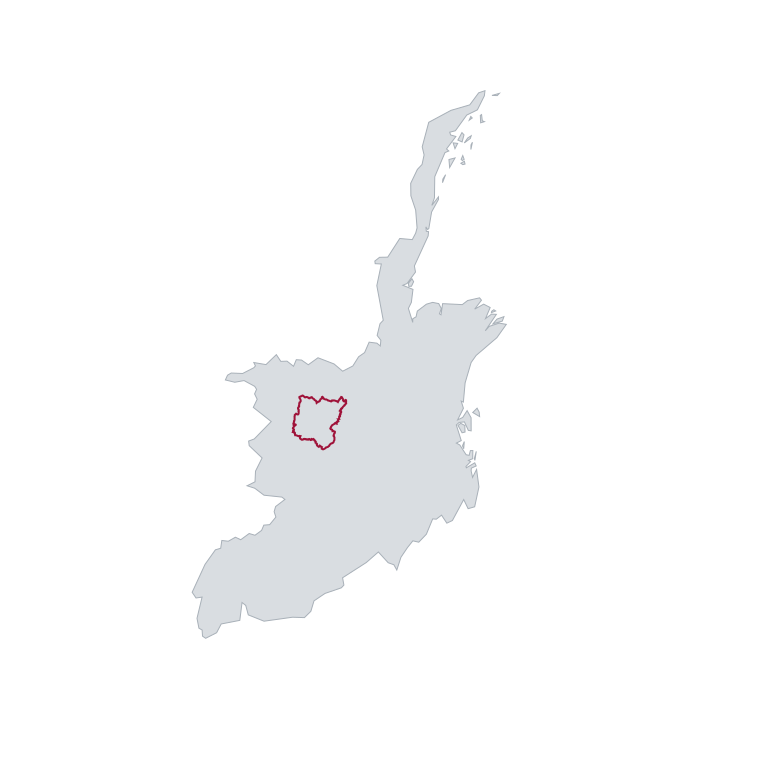 location of Loilen, Shan, Myanmar, rotated 210°
{"feature_id": "60261553B60770274813160", "entity_name": "Loilen", "entity_type": "district", "adm_level": 2, "iso_a3": "MMR", "parent_name": "Myanmar", "parent_adm1": "Shan", "projection": "mercator", "projection_center": [97.755, 21.29], "detail": "fine", "context": "in_parent", "style": "outline", "palette": "rose", "viewbox_px": 768, "rotation_deg": 210, "n_neighbors": 0, "source": "geoboundaries", "source_scale": "gbopen_adm2", "svg_char_len": 9455}
<svg xmlns="http://www.w3.org/2000/svg" viewBox="0 0 768 768"><g transform="rotate(210 384 384)"><path d="M491.9,355.6L484.7,352.0L479.4,355.3L471.2,354.1L472.1,361.2L467.4,363.5L459.2,362.8L454.3,373.7L437.3,376.4L426.2,374.4L420.0,384.0L419.6,394.9L416.5,401.5L417.8,412.8L410.6,415.8L406.2,415.1L408.6,420.3L414.2,422.6L417.6,434.2L416.5,438.8L439.4,465.6L446.3,486.6L451.8,483.8L453.4,485.9L451.2,491.5L444.2,495.7L443.1,517.9L431.7,523.2L432.0,530.5L433.4,535.7L443.5,550.4L454.8,560.4L461.2,571.1L462.4,586.6L460.8,593.1L463.8,602.4L469.5,608.5L476.1,633.0L462.8,654.5L449.3,668.6L447.6,683.5L443.2,688.5L441.2,683.8L440.2,668.1L446.8,658.3L448.8,639.0L453.0,634.9L450.8,633.0L445.5,634.3L447.4,618.8L444.4,618.2L446.9,614.9L443.7,588.9L433.4,570.5L431.9,562.6L430.4,573.3L429.1,571.2L428.8,556.8L422.9,541.0L423.5,539.6L426.3,541.0L423.7,537.4L421.6,538.2L419.8,534.3L416.7,501.4L412.7,496.7L414.3,482.5L417.1,478.9L406.2,480.4L401.1,468.3L400.7,461.7L389.9,451.7L391.7,454.9L389.8,458.2L391.6,463.8L387.2,474.3L382.7,479.0L376.8,481.0L372.1,478.0L371.1,472.5L369.2,472.4L373.4,482.9L355.9,491.9L353.3,498.1L344.3,506.4L341.5,505.3L342.9,494.2L337.6,503.0L330.3,503.3L328.8,491.4L325.8,498.3L321.5,500.5L322.9,480.7L321.7,486.5L314.7,494.3L307.9,496.8L309.4,480.6L318.5,454.8L319.3,446.2L314.3,425.5L306.2,408.0L308.6,407.8L303.1,402.7L302.3,389.7L299.1,394.4L298.7,402.5L291.7,398.3L285.1,387.0L287.8,386.0L295.4,391.4L299.7,388.3L300.9,384.7L288.8,373.6L291.8,369.0L287.9,369.1L277.5,363.8L274.6,364.8L275.9,369.5L273.8,370.8L269.8,363.6L272.7,360.1L270.2,360.0L271.8,353.6L270.8,352.6L266.0,361.1L263.2,359.1L266.3,354.8L265.1,352.3L260.6,347.4L261.1,356.3L250.3,342.3L244.1,323.0L248.8,318.1L257.2,323.8L256.5,300.0L260.0,294.9L268.6,299.2L271.1,293.1L274.4,291.5L272.2,275.1L274.8,264.4L280.6,262.6L281.9,254.0L282.7,242.4L279.9,229.3L285.1,232.4L291.0,231.3L304.9,235.7L310.1,220.5L323.0,195.5L318.2,189.8L319.0,186.2L330.4,173.1L336.2,161.2L333.7,150.6L336.1,141.9L346.6,136.3L369.3,118.6L386.1,116.2L393.0,123.1L397.7,123.8L390.7,107.2L405.0,94.8L404.6,84.9L411.3,74.6L415.1,74.9L418.5,80.0L422.2,80.0L428.8,87.6L435.0,108.5L439.8,104.7L446.0,107.7L448.8,138.4L447.1,156.1L443.3,160.1L446.2,167.4L440.2,170.0L436.1,177.0L430.2,177.5L426.0,187.1L420.1,188.5L416.8,196.0L417.5,201.7L412.7,205.0L411.1,214.7L415.3,218.5L416.6,223.7L412.1,234.5L415.9,235.0L432.3,227.7L443.9,229.1L451.7,227.4L446.8,234.8L451.7,244.3L452.6,259.0L469.9,263.2L472.7,266.9L468.9,271.5L462.9,295.1L485.5,298.4L486.2,307.4L491.1,310.7L491.7,315.7L494.8,317.3L506.9,317.0L514.1,310.9L523.4,308.2L523.9,313.4L521.8,317.1L511.7,322.4L504.8,333.1L504.4,335.4L507.5,337.5L495.9,341.8L491.9,355.6ZM292.0,380.8L299.2,385.1L297.9,388.3L293.3,388.5L289.8,382.9L292.0,380.8ZM435.4,604.3L440.0,610.9L435.5,615.3L435.4,604.3ZM291.3,409.6L287.5,407.2L284.9,403.6L292.9,403.7L291.3,409.6ZM442.0,632.2L442.2,640.7L439.3,639.8L437.4,632.7L442.0,632.2ZM318.6,496.7L313.8,502.3L313.0,497.6L319.7,490.7L318.6,496.7ZM412.4,489.1L409.5,487.4L409.1,482.4L411.4,481.0L413.2,483.4L412.4,489.1ZM432.6,642.6L432.0,639.8L435.0,632.9L434.5,638.9L432.6,642.6ZM430.9,658.5L434.9,664.8L434.2,666.1L430.5,661.1L428.2,661.4L430.9,658.5ZM444.7,627.4L440.5,629.2L440.2,623.3L444.7,627.4ZM434.8,687.9L429.4,693.4L430.1,690.4L434.8,687.9ZM268.5,364.6L270.4,371.8L267.1,363.3L268.5,364.6ZM435.5,590.9L435.3,596.1L434.0,587.6L435.5,590.9ZM285.1,369.7L285.7,374.3L282.6,367.8L285.1,369.7ZM430.0,621.2L426.9,618.6L427.9,616.7L429.5,617.1L430.0,621.2ZM427.8,613.6L425.8,617.1L423.8,615.0L425.4,613.4L427.8,613.6ZM428.2,634.5L428.3,637.6L426.0,630.5L428.2,634.5ZM326.0,503.2L323.8,503.1L326.7,499.5L327.1,500.9L326.0,503.2ZM442.6,659.1L440.6,658.5L442.1,655.1L442.6,659.1Z" fill="#d9dde1" stroke="#a8b0b8" stroke-width="1"/><path d="M440.9,335.5L440.9,335.3L441.3,334.9L441.2,334.5L441.4,334.3L442.1,334.1L442.7,334.2L443.3,334.4L443.6,334.4L443.9,334.2L444.7,334.0L445.3,333.2L445.7,333.2L446.0,333.0L446.1,332.9L446.5,333.1L447.2,333.1L447.5,333.3L448.6,333.4L449.0,333.1L449.2,332.4L449.8,331.9L449.8,331.7L450.2,331.3L450.8,330.5L450.7,330.2L450.3,329.7L448.9,329.0L448.3,328.5L447.8,327.9L447.7,327.6L447.6,327.4L447.5,327.2L447.6,326.7L447.6,326.0L447.8,325.8L447.6,325.6L447.6,325.4L447.8,325.1L447.8,324.9L447.4,324.5L447.2,323.8L446.9,323.3L446.9,322.9L446.7,322.8L446.4,322.4L446.5,322.2L446.3,321.9L446.5,321.6L446.3,320.9L446.5,320.3L446.4,320.1L445.9,319.4L445.1,319.2L444.8,318.7L444.6,317.9L444.3,317.9L443.4,316.2L443.1,315.5L443.2,314.7L443.4,314.5L444.0,314.4L444.4,314.2L445.3,314.3L445.8,312.5L445.6,312.2L445.3,311.7L445.3,311.2L444.7,310.4L444.5,309.8L444.0,309.2L443.7,308.7L443.4,308.0L443.5,307.3L443.4,306.7L443.2,306.4L442.9,306.3L442.9,306.1L442.8,304.9L442.6,304.1L442.1,304.0L441.8,304.2L441.4,304.0L441.2,304.4L440.9,304.3L440.5,304.7L440.2,304.7L440.1,304.3L440.0,304.2L440.4,303.2L440.6,303.0L441.1,302.6L440.7,302.3L440.6,302.0L440.7,301.7L440.9,300.7L440.8,300.1L440.5,299.9L440.2,300.0L440.0,299.7L439.8,299.7L439.7,299.6L439.4,299.6L439.3,299.4L439.1,299.4L439.0,299.2L439.0,298.8L439.1,298.4L438.6,298.1L438.7,297.9L439.2,297.7L438.9,297.1L438.9,296.8L437.7,297.1L437.2,296.8L437.0,297.1L436.8,297.2L436.7,297.1L436.4,296.5L436.2,296.4L435.7,295.5L435.5,295.3L435.3,295.2L435.0,295.5L434.4,295.7L432.8,295.9L432.4,296.0L432.0,296.0L431.3,296.8L430.3,297.1L430.3,296.4L430.1,296.1L430.1,295.7L429.6,295.0L429.0,294.7L428.3,294.8L427.7,294.6L427.4,294.7L427.1,294.7L426.7,295.2L426.4,295.3L426.3,295.9L426.2,296.1L425.7,296.6L425.3,296.7L425.2,296.7L424.9,296.6L424.5,296.8L424.5,297.1L424.0,297.3L423.7,297.2L423.2,297.5L423.1,297.3L422.9,297.4L422.7,297.6L422.4,297.6L422.0,298.1L421.8,298.1L421.8,298.4L421.4,298.9L421.2,298.9L420.9,299.1L420.1,299.2L419.8,298.7L419.6,298.7L419.3,298.9L419.2,299.2L418.8,299.5L418.9,299.8L419.1,299.9L419.1,300.2L418.8,300.2L418.2,299.8L418.5,300.3L418.3,300.5L418.0,300.5L417.7,301.0L417.3,300.8L417.1,300.9L416.6,300.6L416.5,300.8L416.3,300.7L415.9,300.4L415.6,300.5L415.3,300.2L414.7,300.1L414.8,299.9L414.5,299.7L414.2,299.3L414.0,298.9L412.9,298.9L412.6,298.7L412.3,298.7L412.1,298.2L411.9,298.2L411.9,297.8L411.0,297.2L410.4,297.2L409.7,297.0L409.4,297.2L409.1,297.1L409.0,297.5L408.8,297.8L408.7,297.9L408.7,298.5L408.3,298.4L407.9,298.1L407.6,298.4L406.7,298.3L406.5,298.1L406.2,298.2L406.1,297.6L405.6,296.8L405.0,296.9L404.6,296.8L403.9,297.1L403.2,298.1L402.9,298.7L402.6,299.1L402.6,299.8L402.5,300.1L402.0,300.5L401.1,301.5L400.9,302.4L400.5,303.0L400.7,303.7L400.5,304.3L400.4,305.4L400.2,305.8L399.6,306.3L399.5,306.7L399.3,306.8L399.2,306.9L399.2,307.1L398.7,307.7L398.6,308.3L398.9,309.4L398.9,310.6L399.6,311.9L399.9,312.3L400.2,313.0L400.6,313.2L401.0,313.6L401.5,313.7L401.6,314.1L401.9,314.1L402.0,314.4L402.3,315.6L402.3,316.4L402.1,316.6L402.5,318.0L403.0,318.2L403.6,317.9L404.2,318.0L404.5,317.8L405.0,317.4L405.2,317.7L406.0,318.5L407.3,318.2L407.6,318.2L407.9,318.6L408.3,318.8L408.2,319.3L408.4,319.8L408.3,320.3L408.5,320.7L408.3,321.5L408.4,321.9L408.2,322.7L407.7,323.4L407.2,324.4L407.0,324.6L406.9,324.8L407.0,325.4L406.4,325.9L406.4,326.0L405.9,326.2L406.1,326.3L406.1,326.6L405.9,326.6L406.0,326.7L405.9,326.6L405.9,326.8L405.6,326.7L405.7,327.0L405.3,327.6L405.3,327.8L405.4,328.1L405.2,328.4L405.4,328.4L405.5,328.5L405.3,328.7L405.5,328.8L405.6,328.7L405.5,329.0L405.5,329.6L405.7,329.8L405.6,330.1L405.9,330.5L405.6,330.9L405.8,330.9L405.7,331.0L405.8,331.3L406.0,331.5L406.1,331.4L406.0,331.5L405.8,331.9L405.9,332.0L406.0,332.8L406.3,332.9L406.5,333.1L406.4,333.6L406.5,333.9L406.4,334.0L406.2,334.0L406.0,333.8L405.9,334.0L406.0,334.4L406.5,334.7L406.6,335.4L406.8,335.4L406.8,335.5L407.0,335.7L407.1,336.2L406.8,336.4L406.9,336.5L406.9,336.9L407.2,337.0L407.4,337.1L407.1,337.1L407.2,337.3L407.0,337.5L406.9,338.0L407.2,338.6L407.5,338.7L407.7,338.9L408.1,338.7L408.2,338.4L408.5,338.6L408.3,338.8L408.5,339.4L408.5,339.7L408.7,339.9L408.8,339.8L408.8,340.4L408.6,340.3L408.4,340.6L408.7,341.0L408.5,341.5L408.4,341.8L408.4,342.1L408.2,342.2L408.3,342.4L408.3,342.7L408.2,342.8L408.0,344.4L407.5,345.5L407.7,346.0L407.4,346.3L407.3,346.9L407.4,347.5L407.0,348.2L407.5,348.8L407.9,349.7L408.4,350.5L408.6,350.5L408.8,351.0L409.2,351.0L409.3,350.6L409.4,350.2L409.6,349.9L409.6,349.6L409.5,349.3L409.6,349.0L410.0,349.0L410.3,348.9L410.6,349.0L411.3,349.4L411.4,349.6L411.3,349.9L411.4,350.1L413.2,351.1L413.7,351.5L414.3,351.5L414.6,351.4L414.6,350.8L414.7,350.4L414.6,349.9L414.7,349.6L414.4,349.6L414.6,349.1L415.0,347.6L415.0,346.9L414.9,346.5L414.9,345.4L415.2,345.5L415.8,345.4L416.1,345.6L416.3,345.6L416.8,345.3L417.7,345.2L417.9,345.1L418.6,345.0L419.6,344.5L419.8,344.2L420.7,343.9L420.7,343.3L420.9,343.2L420.8,342.9L421.0,342.5L421.2,342.4L421.9,342.3L422.9,342.1L423.6,342.0L424.1,341.7L424.4,341.7L424.7,341.9L426.3,341.8L426.6,341.5L427.5,341.2L428.7,341.1L429.2,341.1L429.3,341.4L429.5,341.6L429.8,341.6L430.0,341.7L430.0,341.9L430.9,342.1L431.2,341.6L430.9,341.1L431.0,340.8L430.8,340.1L431.4,339.0L431.4,338.5L431.2,338.0L431.2,337.5L431.1,337.3L431.1,337.1L431.4,336.5L431.6,336.5L432.1,335.6L432.2,335.2L432.3,335.0L432.6,334.8L432.9,333.9L433.1,334.1L433.2,334.6L433.6,334.9L433.7,335.0L433.8,335.2L434.3,335.2L434.5,335.4L434.7,335.5L435.1,335.5L435.4,335.4L435.8,335.4L436.2,335.4L436.4,335.5L436.5,335.7L436.9,335.9L437.7,336.0L438.1,335.9L438.5,335.9L439.6,336.4L439.8,336.1L440.3,336.2L440.5,335.7L440.9,335.5Z" fill="none" stroke="#9f1239" stroke-width="2"/></g></svg>